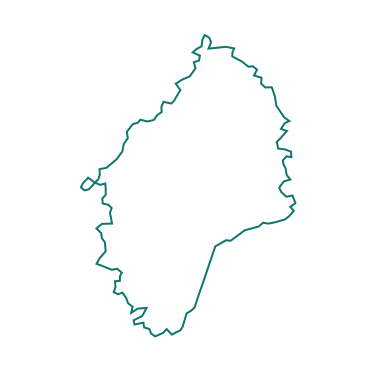 David Canabarro, Rio Grande do Sul, Brazil (Robinson projection), rotated 126°
{"feature_id": "56859067B20020049271411", "entity_name": "David Canabarro", "entity_type": "district", "adm_level": 2, "iso_a3": "BRA", "parent_name": "Brazil", "parent_adm1": "Rio Grande do Sul", "projection": "robinson", "projection_center": [-51.809, -28.414], "detail": "fine", "context": "isolated", "style": "outline", "palette": "teal", "viewbox_px": 384, "rotation_deg": 126, "n_neighbors": 0, "source": "geoboundaries", "source_scale": "gbopen_adm2", "svg_char_len": 1942}
<svg xmlns="http://www.w3.org/2000/svg" viewBox="0 0 384 384"><g transform="rotate(126 192 192)"><path d="M62.5,273.1L68.6,269.9L73.6,272.4L78.6,273.4L77.0,265.8L81.5,263.6L85.9,266.8L89.9,261.9L99.9,261.8L106.8,266.0L113.9,268.8L116.4,261.3L123.7,260.7L128.7,260.1L132.6,260.8L135.8,268.0L141.1,266.8L145.2,263.5L149.9,265.3L156.1,265.2L161.1,269.4L163.9,276.3L167.9,276.6L171.8,279.8L181.5,280.1L186.2,275.6L193.3,275.4L200.2,272.2L209.6,272.2L222.7,275.4L227.8,280.2L232.6,276.5L236.9,275.3L241.5,276.1L240.2,270.5L236.1,267.2L240.0,263.8L245.1,260.1L249.9,260.8L253.8,257.5L251.5,252.2L252.2,247.6L257.1,246.1L264.5,238.1L270.7,246.1L277.6,247.9L278.7,241.3L282.4,237.6L283.9,232.9L290.7,227.0L299.5,227.8L306.2,227.0L304.4,220.7L302.1,211.2L298.1,207.4L298.5,201.3L302.5,200.8L306.3,198.1L309.4,201.8L313.8,198.1L319.0,196.4L318.2,191.7L314.3,189.1L316.5,182.9L319.6,178.2L319.8,172.6L325.5,170.1L318.3,167.4L312.5,160.6L321.5,159.4L330.1,163.8L333.0,160.6L326.3,154.5L329.7,151.1L327.9,145.8L330.5,142.0L330.5,137.0L323.0,132.6L317.8,131.9L319.2,124.5L314.4,122.1L310.5,120.1L306.5,120.4L293.4,125.0L288.5,122.9L283.8,122.1L269.3,126.7L261.9,128.9L222.3,141.2L211.0,136.1L208.7,132.1L192.0,126.8L180.7,117.7L175.1,116.5L172.6,111.5L167.6,106.9L159.6,100.7L154.0,99.1L147.3,98.6L146.3,103.7L140.2,101.8L135.8,108.6L140.4,113.0L139.6,119.6L137.3,124.0L129.5,124.0L124.1,119.8L122.7,125.3L117.9,130.1L116.0,134.0L113.2,137.0L107.5,136.5L105.4,132.1L101.2,135.6L103.0,142.2L106.2,147.8L101.8,152.8L96.3,152.0L86.8,151.1L88.7,157.1L81.8,157.4L77.4,155.0L77.4,161.4L72.7,174.4L65.9,181.2L60.4,189.0L64.3,194.1L63.8,199.6L58.7,203.0L61.3,210.3L54.8,211.3L54.6,216.8L57.5,220.1L57.1,227.8L58.6,239.1L55.0,241.5L51.0,242.2L54.6,249.9L66.3,262.9L59.6,264.6L57.1,268.5L57.4,273.9L62.5,273.1ZM241.5,276.1L241.5,284.4L249.4,285.4L253.5,284.6L253.9,280.0L250.7,277.1L245.7,276.3L241.5,276.1Z" fill="none" stroke="#0f766e" stroke-width="2"/></g></svg>